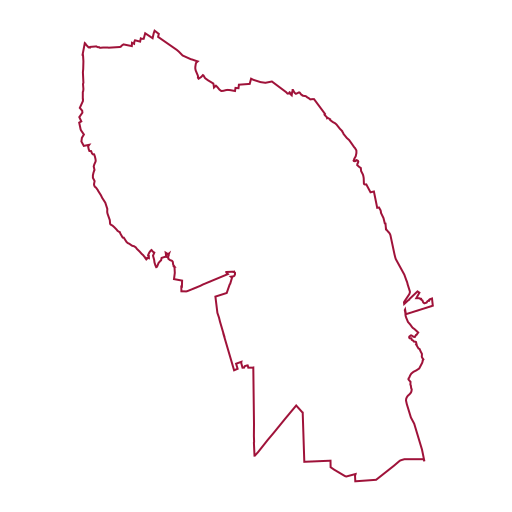 the district of Acatlán de Juárez, Jalisco, Mexico
{"feature_id": "50627088B47037600563215", "entity_name": "Acatlán de Juárez", "entity_type": "district", "adm_level": 2, "iso_a3": "MEX", "parent_name": "Mexico", "parent_adm1": "Jalisco", "projection": "natural_earth1", "projection_center": [-103.612, 20.424], "detail": "fine", "context": "isolated", "style": "outline", "palette": "rose", "viewbox_px": 512, "rotation_deg": 0, "n_neighbors": 0, "source": "geoboundaries", "source_scale": "gbopen_adm2", "svg_char_len": 5892}
<svg xmlns="http://www.w3.org/2000/svg" viewBox="0 0 512 512"><path d="M294.0,91.9L293.0,90.0L292.6,90.0L292.5,91.4L292.1,92.1L291.7,95.3L290.4,94.1L290.0,93.4L289.9,92.5L289.6,92.3L288.7,93.5L287.5,93.6L286.2,92.2L271.9,81.5L265.4,82.8L260.5,82.1L253.3,79.8L251.1,78.7L249.7,83.9L238.9,84.7L238.5,88.2L235.5,87.9L235.0,91.0L230.1,90.1L227.6,89.9L226.0,90.1L223.4,90.8L221.3,91.0L219.5,89.7L217.3,87.0L215.9,85.7L214.0,87.5L213.6,84.7L213.3,83.5L208.0,80.3L205.4,78.4L204.9,77.9L203.5,75.5L202.9,75.1L201.3,76.9L198.6,78.7L197.9,77.7L198.0,77.4L198.0,76.4L197.8,75.5L195.7,70.5L195.3,68.6L195.3,67.0L195.8,63.8L196.2,62.7L197.7,61.4L195.8,60.8L192.4,59.6L190.8,59.2L182.6,55.5L178.8,51.6L176.8,49.9L158.1,36.9L158.8,33.9L154.6,30.7L153.7,33.3L152.6,38.2L145.2,33.3L143.7,38.8L141.8,38.8L140.8,38.4L140.1,41.6L135.0,40.3L134.3,41.8L134.1,43.8L132.0,42.8L131.8,46.1L123.5,44.4L121.6,45.7L120.8,46.7L119.9,47.0L108.7,47.7L107.5,47.5L103.6,47.5L100.1,47.8L99.4,47.6L99.1,47.2L97.5,47.1L96.3,46.4L90.3,46.9L89.4,47.2L89.5,47.5L88.6,47.4L86.1,44.8L85.3,43.5L84.8,43.1L82.6,54.6L82.9,54.6L83.1,56.4L83.4,61.3L83.2,69.1L82.9,72.3L83.4,82.8L83.0,84.0L83.4,89.0L83.2,91.0L82.8,92.1L82.8,98.9L83.0,99.1L82.9,101.1L79.8,107.9L82.2,110.7L82.4,112.7L79.3,117.1L81.3,121.4L79.2,122.6L80.6,129.3L81.0,130.3L83.9,134.5L81.9,137.8L81.4,141.5L83.8,145.9L89.2,144.8L88.1,146.4L88.7,149.2L89.4,151.0L91.1,151.1L92.0,153.4L92.9,154.3L94.1,154.3L94.9,156.5L95.5,159.1L95.7,160.8L95.5,161.7L94.3,164.4L93.7,166.4L94.5,170.0L94.1,170.6L94.1,170.9L93.5,172.6L92.9,175.3L92.9,177.8L94.6,181.1L94.0,184.2L94.2,185.4L94.8,186.7L96.0,187.6L97.8,190.1L98.1,190.8L100.9,195.2L102.2,197.9L105.3,202.7L107.3,208.9L107.2,211.6L107.3,212.7L107.6,213.9L109.8,220.1L110.1,223.8L110.7,224.6L112.5,225.6L114.4,227.3L116.7,229.7L117.5,230.8L119.2,231.9L119.8,232.1L120.3,233.5L122.5,237.3L122.9,237.7L123.8,237.7L126.5,241.9L127.8,243.1L129.2,243.7L132.2,245.8L134.0,246.2L135.8,247.4L136.8,248.8L139.7,251.6L141.7,253.9L143.2,255.2L144.5,256.9L145.7,257.9L145.4,258.2L146.3,259.4L147.1,258.6L147.5,257.8L148.9,258.2L148.8,255.7L148.1,255.4L148.2,254.9L149.1,252.9L149.9,251.6L151.2,250.2L151.5,250.0L152.9,251.7L154.3,252.6L153.0,255.7L154.1,259.6L154.5,262.5L155.3,265.1L156.2,267.2L156.6,267.1L157.2,266.3L158.6,262.9L160.2,261.1L161.1,260.3L161.6,257.9L165.1,256.8L166.3,256.9L165.7,252.7L167.0,253.5L166.5,254.6L167.3,254.4L167.7,254.5L169.1,253.4L168.7,254.6L168.7,255.5L168.3,256.1L168.2,257.5L168.3,258.7L169.9,260.0L170.7,260.4L171.4,260.5L172.2,261.0L172.8,261.9L173.1,264.2L173.2,264.8L174.2,266.2L173.1,265.9L174.5,267.1L174.8,272.9L174.0,279.1L182.1,280.6L181.9,286.7L181.3,286.6L181.4,291.3L186.3,291.4L187.4,291.1L200.4,285.8L202.9,284.5L227.9,274.1L226.3,272.5L226.3,272.0L232.8,271.7L233.2,272.0L234.1,271.6L234.3,272.1L235.0,272.8L235.0,274.3L234.4,275.7L233.6,276.3L230.9,276.7L232.0,277.7L230.2,283.8L229.7,284.4L226.7,293.0L215.4,296.6L217.4,312.9L219.0,317.6L220.0,321.7L224.0,335.3L223.8,335.2L234.1,370.3L237.6,368.8L236.1,363.7L241.4,361.8L241.2,362.9L242.5,367.7L244.1,367.6L244.7,366.2L247.2,365.4L247.7,365.4L248.3,367.7L252.4,367.7L253.3,367.5L254.0,424.4L253.9,435.9L254.1,442.0L253.9,442.6L254.5,455.7L254.8,455.7L258.0,452.2L267.9,439.7L273.4,433.2L285.2,418.7L296.2,405.5L302.3,412.3L302.7,412.5L304.3,461.8L330.5,460.7L330.6,467.2L334.2,469.7L345.0,476.1L346.3,476.5L355.6,474.0L355.5,474.5L355.0,475.4L355.3,481.3L376.1,479.8L394.1,465.6L399.0,461.4L400.2,460.5L402.0,459.9L404.4,459.2L423.5,459.2L424.4,461.3L422.0,449.6L414.2,423.7L410.9,417.5L406.8,404.1L406.0,400.5L406.2,398.7L406.8,397.3L407.8,395.8L409.6,394.2L411.0,392.5L411.5,391.0L411.7,389.3L411.2,388.2L410.8,385.4L410.4,384.7L410.5,381.8L408.8,379.9L408.4,379.2L408.6,378.4L409.2,377.7L410.1,375.5L411.3,373.6L413.5,371.8L416.3,370.4L419.2,368.5L422.2,362.8L422.8,360.6L422.7,360.3L423.4,359.4L422.1,357.6L421.8,356.7L421.9,355.2L421.9,353.8L420.8,351.8L419.5,348.9L418.5,348.5L416.2,344.6L416.6,344.5L416.0,342.0L415.3,341.7L413.9,341.6L413.0,340.5L411.8,339.9L411.3,338.3L409.8,338.3L409.2,337.7L409.2,337.3L409.3,336.6L410.8,335.4L411.4,335.4L413.6,336.8L414.8,337.0L416.0,335.0L416.5,334.9L418.2,332.5L414.4,329.0L412.8,327.9L412.0,327.0L410.3,324.6L408.0,322.0L406.2,317.7L405.6,315.8L405.4,314.1L405.4,313.1L404.8,310.1L405.1,309.5L405.9,314.2L432.8,305.7L432.0,298.5L429.7,299.3L429.2,299.8L429.4,300.3L429.0,300.9L428.2,300.8L427.4,301.3L426.6,302.6L424.4,303.3L423.5,302.7L422.9,301.8L422.5,300.5L420.9,299.4L421.1,299.2L421.1,298.8L420.2,298.7L419.7,298.3L418.3,298.2L416.3,298.2L419.4,292.7L417.5,291.4L409.3,299.2L409.2,299.7L408.3,300.2L404.2,304.0L404.0,302.3L404.2,301.8L409.3,294.2L409.9,292.4L409.9,291.5L407.5,283.9L407.5,283.6L406.8,281.2L406.6,281.0L404.3,274.6L395.8,259.1L395.3,257.6L394.5,254.4L390.4,235.1L389.7,233.5L388.5,232.0L388.4,232.0L386.2,229.4L386.0,228.3L385.9,228.4L385.5,223.7L385.2,223.7L384.8,223.4L383.5,218.1L380.9,212.7L381.0,212.3L380.6,210.4L379.0,207.5L377.2,207.8L373.9,191.5L370.5,192.3L366.3,184.4L365.0,184.5L364.2,184.2L363.9,183.6L363.7,178.1L363.3,175.9L362.9,174.5L361.1,171.0L360.8,168.0L359.3,167.0L357.2,165.1L357.4,163.8L358.0,162.7L358.3,161.7L358.0,160.9L357.3,160.4L356.3,160.1L356.1,160.3L356.0,160.8L355.1,161.2L354.4,161.2L353.8,161.0L353.6,160.6L354.0,159.9L354.3,158.7L355.7,156.3L356.4,153.1L356.4,150.7L356.1,149.9L354.8,147.8L354.4,147.5L353.5,146.3L353.1,145.6L353.1,145.1L353.0,145.5L349.1,140.0L346.8,138.0L343.5,133.9L343.0,132.6L342.2,131.5L342.2,131.1L339.8,128.7L336.5,124.5L335.0,123.2L332.9,122.1L330.2,120.1L330.2,119.3L327.7,117.9L327.1,118.2L326.9,117.3L324.7,115.0L324.5,114.4L325.0,113.9L314.0,99.1L312.5,99.1L310.3,99.4L308.4,97.9L307.6,97.6L306.9,97.1L306.5,96.6L305.5,96.1L303.9,95.9L302.5,95.6L302.2,95.1L301.3,94.7L299.7,92.6L299.3,92.4L298.9,92.4L297.6,93.1L295.9,93.8L294.7,92.9L294.0,91.9Z" fill="none" stroke="#9f1239" stroke-width="2"/></svg>